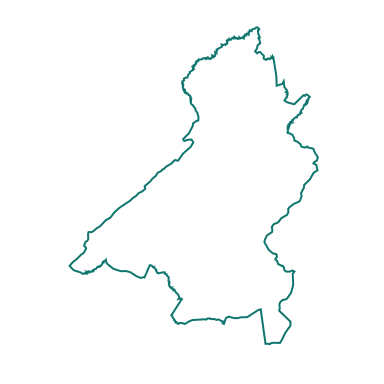 Nong Yai, Chon Buri, Thailand, rotated 265°
{"feature_id": "78962969B4010364825513", "entity_name": "Nong Yai", "entity_type": "district", "adm_level": 2, "iso_a3": "THA", "parent_name": "Thailand", "parent_adm1": "Chon Buri", "projection": "albers", "projection_center": [101.414, 13.153], "detail": "fine", "context": "isolated", "style": "outline", "palette": "teal", "viewbox_px": 384, "rotation_deg": 265, "n_neighbors": 0, "source": "geoboundaries", "source_scale": "gbopen_adm2", "svg_char_len": 6039}
<svg xmlns="http://www.w3.org/2000/svg" viewBox="0 0 384 384"><g transform="rotate(265 192 192)"><path d="M34.3,252.0L34.3,254.3L33.6,255.9L34.6,257.8L34.7,259.7L34.0,266.5L36.9,268.7L43.5,272.6L50.3,278.4L54.3,278.8L66.1,268.5L68.4,269.3L72.5,269.3L74.5,270.2L76.5,272.9L77.0,276.5L77.8,277.6L83.0,281.9L90.4,284.7L101.7,285.2L103.9,287.1L105.0,285.0L104.2,282.7L104.5,278.8L106.3,277.1L108.6,277.1L110.6,275.9L110.4,275.3L112.8,271.5L115.9,270.8L117.4,269.2L118.6,269.5L119.8,270.9L122.2,270.8L123.0,270.1L123.8,267.2L127.7,263.4L135.6,259.8L137.6,260.2L142.2,262.8L145.0,268.1L146.9,268.7L150.3,268.5L152.8,270.6L154.3,275.3L158.1,278.6L161.0,284.8L163.5,286.2L166.8,286.4L168.3,287.7L171.4,292.6L173.0,297.6L174.0,298.8L178.5,300.9L181.4,300.5L186.4,303.8L189.3,304.4L194.2,310.5L200.4,314.7L202.7,318.9L208.2,318.2L209.9,315.5L211.1,316.4L212.4,319.1L215.6,320.4L220.1,318.0L224.6,316.6L226.1,311.7L227.2,310.9L226.4,308.3L227.5,305.0L230.0,304.3L233.0,301.3L234.2,298.6L236.8,298.4L240.4,296.9L241.0,295.4L241.9,294.6L242.4,292.5L243.1,292.3L244.0,292.9L247.0,292.8L246.9,293.5L247.6,293.3L247.8,294.1L248.8,294.3L249.1,293.7L249.4,294.3L250.0,293.6L250.9,294.1L251.3,294.6L250.9,295.2L251.7,295.3L251.8,296.5L252.5,296.2L252.6,296.8L253.0,296.7L252.9,297.3L253.4,296.7L253.6,297.4L254.8,298.0L254.6,298.8L255.2,298.9L256.9,300.9L257.5,302.2L257.2,303.0L259.2,303.9L259.7,304.6L259.8,306.0L260.3,306.6L261.2,306.6L261.4,308.0L263.0,307.3L264.5,308.4L265.2,309.7L268.9,311.4L268.8,311.8L269.7,312.4L269.3,312.9L270.4,313.3L269.7,313.7L270.3,314.4L271.7,315.0L272.6,314.1L273.2,314.5L272.8,315.0L273.4,315.0L273.7,315.7L274.1,315.4L276.5,317.6L279.1,315.0L279.0,313.6L278.0,312.9L278.6,311.4L270.5,301.5L272.9,295.0L275.0,292.1L278.1,294.3L278.0,294.7L280.7,295.7L280.9,295.0L282.8,296.0L283.5,295.5L283.5,294.4L284.9,295.5L288.5,293.2L294.3,293.0L291.8,291.4L290.5,285.6L300.0,286.1L319.0,284.8L318.9,284.4L320.1,284.0L318.6,283.3L319.0,283.0L318.3,283.0L318.4,282.2L317.8,281.3L318.2,281.1L318.0,280.5L318.4,279.6L317.8,279.2L318.0,278.2L317.1,277.2L318.7,275.0L321.2,275.5L325.3,272.3L325.6,270.6L324.5,268.9L326.6,267.1L329.4,269.3L332.4,270.1L334.2,272.9L337.8,272.4L339.5,271.6L340.0,273.0L343.7,271.8L347.5,271.8L348.0,273.1L349.0,272.8L350.3,271.6L350.4,270.4L349.4,269.2L348.8,266.3L347.1,265.4L348.1,263.7L346.5,263.1L346.3,262.2L345.2,262.2L345.5,261.6L344.9,262.1L344.8,261.4L344.0,261.6L344.8,260.2L343.4,259.4L343.7,259.0L343.3,259.0L343.6,258.4L343.1,257.5L342.2,257.5L342.1,256.8L341.4,257.1L341.2,256.4L340.6,256.6L341.4,254.5L340.6,253.2L342.0,252.4L341.1,252.0L340.4,250.8L341.4,250.2L341.3,248.5L341.9,248.7L342.7,247.9L341.3,247.7L341.3,247.0L342.1,246.6L342.1,245.6L340.3,244.2L340.4,243.5L341.4,242.5L340.0,241.9L340.5,240.6L339.7,239.9L339.2,240.3L338.5,239.8L337.7,240.3L336.7,239.9L336.5,238.8L335.7,238.1L336.2,237.7L335.6,235.6L336.3,234.4L334.1,234.4L331.8,229.1L331.1,229.6L329.5,228.4L328.6,228.5L329.4,227.3L327.0,227.4L325.6,226.8L325.8,226.1L325.1,225.7L326.2,224.2L324.2,224.5L324.2,222.9L323.0,222.3L323.0,221.0L324.5,219.8L323.6,219.2L323.6,218.6L324.1,218.5L323.3,217.6L324.3,217.2L324.3,215.7L323.9,215.4L324.1,214.1L323.4,213.6L323.2,211.5L323.6,210.4L323.3,209.8L321.8,209.6L321.9,207.8L320.4,207.6L320.4,207.0L319.2,207.0L318.2,205.0L317.6,205.4L317.4,204.5L316.8,204.6L316.7,203.9L317.2,204.1L317.0,203.4L314.3,204.5L314.3,203.6L313.5,203.6L311.8,200.3L310.6,200.2L308.9,198.3L306.4,197.4L306.5,195.9L305.7,193.8L303.8,193.8L303.1,193.0L303.1,192.1L301.4,192.2L301.2,191.6L300.6,191.6L299.9,192.7L299.4,192.5L299.5,192.1L298.3,192.4L297.6,191.9L296.1,192.1L295.8,192.6L294.8,192.3L294.4,193.9L293.2,193.8L293.2,193.0L291.6,193.5L291.4,195.1L290.5,195.1L290.6,196.2L289.1,196.9L288.7,197.9L287.4,198.8L286.8,198.4L286.4,198.9L285.1,198.6L285.0,199.1L284.6,198.8L283.3,199.1L283.0,198.5L282.3,198.9L281.2,198.4L279.5,199.1L277.8,201.0L277.0,200.9L275.0,202.5L272.8,202.8L270.4,204.2L266.1,205.0L262.7,204.5L262.2,202.2L260.2,199.0L257.7,198.5L250.8,194.1L245.6,187.9L244.2,188.0L243.5,188.9L244.4,192.2L244.3,196.1L241.3,197.6L237.2,194.8L231.1,186.5L224.4,180.8L225.3,177.6L222.1,173.9L219.3,168.0L217.3,166.0L217.1,164.6L215.7,163.4L214.2,159.6L211.2,157.3L208.8,153.8L206.2,151.4L202.2,145.7L201.9,145.3L199.5,145.7L198.7,145.1L196.9,142.4L195.6,138.8L193.0,136.0L190.9,132.2L189.0,130.0L182.8,118.7L178.8,113.2L173.4,108.3L171.5,103.7L165.8,97.4L164.4,94.3L161.2,89.7L160.8,88.1L161.1,85.5L159.2,84.8L153.8,84.5L152.3,83.1L151.6,81.5L147.8,79.8L145.9,81.5L144.7,81.5L140.7,78.7L139.2,76.0L135.6,71.9L132.4,67.0L129.1,63.6L124.4,67.3L121.6,74.0L119.8,76.3L120.4,77.7L120.1,78.6L120.5,78.8L120.1,79.8L120.8,79.8L120.5,80.2L120.9,80.2L121.0,80.7L121.5,80.4L121.2,81.0L121.6,81.3L120.9,82.0L121.9,82.3L121.0,84.1L121.8,84.9L121.5,86.8L122.0,87.1L123.0,86.8L123.8,89.7L125.6,91.2L125.5,92.1L126.2,93.0L125.6,93.4L126.4,94.8L128.2,96.4L129.8,96.9L129.4,97.8L130.7,98.1L131.2,98.9L131.1,99.8L131.7,100.3L129.8,100.4L127.7,101.4L122.4,106.9L119.3,114.2L119.0,119.2L117.5,123.5L113.1,129.2L110.8,133.5L111.4,136.3L111.0,137.2L122.7,143.5L122.3,145.3L120.7,146.5L120.7,147.4L120.3,147.1L118.2,149.2L117.3,149.2L117.4,149.6L114.9,150.1L114.3,150.6L113.9,151.7L114.6,156.3L114.2,157.9L113.0,157.7L112.3,159.5L111.2,159.6L109.0,161.4L105.9,160.9L104.2,161.8L103.5,161.6L103.7,161.2L102.8,161.4L101.8,160.8L99.6,161.7L99.1,162.5L98.8,162.2L98.5,162.5L98.5,163.1L98.2,162.7L97.5,163.4L96.5,165.6L95.6,165.1L95.6,166.2L92.9,167.4L91.7,168.9L88.6,170.1L87.5,170.1L86.5,169.3L86.8,172.0L86.3,172.6L71.0,160.7L70.6,161.5L68.2,161.9L66.7,163.2L66.1,163.0L65.3,163.9L64.4,164.0L64.0,164.8L63.5,164.5L63.4,165.4L62.0,166.2L62.0,167.5L62.6,168.1L62.2,171.1L61.1,173.2L63.7,178.7L64.4,181.6L64.1,193.2L63.7,195.1L64.7,196.6L64.6,197.9L63.9,199.2L64.2,199.7L63.5,201.5L63.6,202.9L62.4,205.4L62.7,206.7L62.3,208.2L60.6,210.3L60.6,211.2L58.5,211.1L57.8,212.3L63.5,214.8L64.6,217.7L62.6,223.3L62.4,226.7L62.9,230.0L62.5,236.1L68.5,247.4L69.2,250.2L34.3,252.0Z" fill="none" stroke="#0f766e" stroke-width="2"/></g></svg>